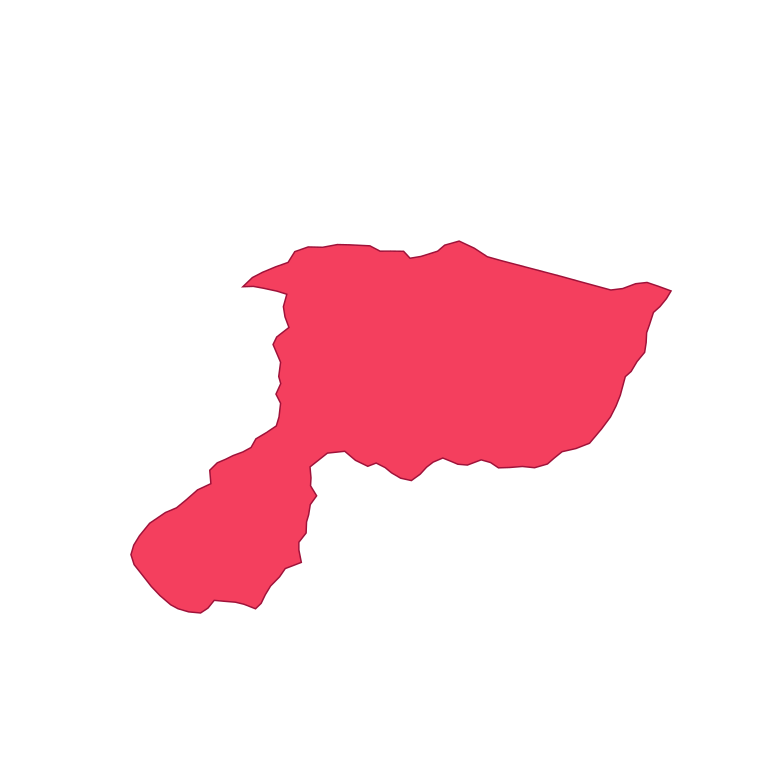 outline of Três Fronteiras, São Paulo, Brazil, rotated 67°
{"feature_id": "56859067B3080152432416", "entity_name": "Três Fronteiras", "entity_type": "district", "adm_level": 2, "iso_a3": "BRA", "parent_name": "Brazil", "parent_adm1": "São Paulo", "projection": "mercator", "projection_center": [-50.865, -20.277], "detail": "fine", "context": "isolated", "style": "filled", "palette": "rose", "viewbox_px": 768, "rotation_deg": 67, "n_neighbors": 0, "source": "geoboundaries", "source_scale": "gbopen_adm2", "svg_char_len": 1798}
<svg xmlns="http://www.w3.org/2000/svg" viewBox="0 0 768 768"><g transform="rotate(67 384 384)"><path d="M442.2,683.6L452.6,684.6L468.3,680.3L479.5,677.3L491.2,672.9L503.9,666.6L510.4,661.4L517.4,652.9L523.1,642.3L521.5,633.6L516.8,624.8L521.5,616.1L526.8,606.0L532.0,599.0L540.7,590.1L537.9,582.8L531.5,575.5L525.6,567.3L520.7,555.5L515.3,547.0L515.6,539.2L515.9,529.8L503.5,527.2L496.4,524.2L490.7,513.9L480.7,509.2L475.0,504.5L466.2,499.0L460.6,489.7L449.0,491.4L441.9,487.9L431.4,484.5L425.5,463.1L430.6,446.4L443.1,440.1L453.4,431.1L453.7,422.1L461.4,415.6L468.7,411.8L477.2,405.5L483.6,396.5L481.1,385.8L477.2,377.3L475.1,369.2L475.1,358.8L481.1,352.8L486.7,347.4L491.2,338.9L491.8,324.2L497.9,316.6L505.9,311.4L509.9,301.1L514.0,288.8L519.9,278.1L521.5,264.8L518.7,256.3L515.9,246.5L518.4,232.5L518.8,217.9L510.3,201.2L502.8,188.4L494.8,178.9L486.7,170.9L471.5,159.0L469.0,151.6L462.2,142.3L456.7,131.7L448.3,126.5L439.4,122.2L433.4,116.7L423.4,108.0L420.5,99.6L415.8,90.7L410.5,83.4L401.3,93.2L393.3,102.2L390.0,113.2L389.4,127.0L386.1,138.5L364.9,165.4L354.4,178.6L316.0,228.2L307.2,239.2L294.3,247.8L281.8,259.0L279.9,273.9L282.7,282.8L281.0,300.2L278.4,310.9L269.5,314.1L264.3,325.9L260.2,335.7L251.3,343.0L242.6,361.0L237.4,372.5L234.2,387.0L228.2,400.3L227.3,414.4L234.6,424.8L233.8,437.6L233.7,452.1L234.6,463.6L239.3,475.9L243.1,466.1L248.7,457.6L256.6,446.4L263.4,438.4L273.5,446.4L283.5,448.9L294.8,449.4L298.8,464.4L304.3,470.7L323.6,470.7L336.0,478.0L343.3,478.9L351.1,487.4L361.3,486.7L373.3,493.5L380.5,499.5L382.8,511.4L384.4,523.3L390.5,531.2L391.4,540.5L390.9,550.8L391.4,559.3L391.4,568.3L395.3,578.1L408.1,582.3L408.6,597.0L413.4,611.5L416.9,623.4L416.9,635.4L420.6,654.1L428.1,668.3L434.5,677.3L442.2,683.6Z" fill="#f43f5e" stroke="#9f1239" stroke-width="1.5"/></g></svg>